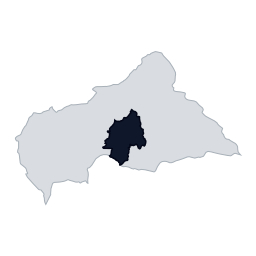 Central African Republic, with Ouaka highlighted
{"feature_id": "CAF-809", "entity_name": "Ouaka", "entity_type": "Prefecture", "adm_level": 1, "iso_a3": "CAF", "parent_name": "Central African Republic", "parent_adm1": "", "projection": "mercator", "projection_center": [20.78, 6.114], "detail": "fine", "context": "in_parent", "style": "filled", "palette": "ink", "viewbox_px": 256, "rotation_deg": 0, "n_neighbors": 0, "source": "natural_earth", "source_scale": "10m", "svg_char_len": 8385}
<svg xmlns="http://www.w3.org/2000/svg" viewBox="0 0 256 256"><path d="M182.4,92.3L184.9,92.9L185.4,93.7L184.7,96.3L185.2,97.9L186.6,99.3L188.1,99.9L189.5,100.2L194.3,101.0L196.4,102.0L199.0,105.0L202.4,107.8L203.2,109.2L203.0,110.6L202.1,112.2L202.2,112.8L203.7,114.4L205.5,116.1L208.7,117.9L214.3,120.8L216.9,122.7L217.8,124.2L219.2,125.7L221.2,127.2L222.6,128.3L221.6,131.4L221.9,132.5L222.4,133.4L223.6,134.6L224.0,136.2L225.2,138.2L226.6,139.1L228.9,139.4L230.1,140.4L232.6,141.9L235.1,143.3L236.1,144.2L236.8,145.1L237.3,146.1L237.6,147.0L237.7,149.2L238.1,151.8L239.4,153.6L240.6,154.9L235.6,153.4L234.9,153.4L234.0,153.6L231.4,155.5L230.5,155.8L227.3,155.4L219.3,153.9L213.1,152.4L211.3,151.9L208.0,151.4L205.9,152.4L203.8,155.8L203.2,156.4L200.0,157.4L198.5,157.1L194.8,158.1L189.1,156.7L187.1,157.0L185.5,157.7L181.4,159.2L178.9,160.0L176.0,160.8L173.3,162.1L171.4,162.7L169.6,162.7L168.0,162.0L166.2,161.4L164.0,161.3L161.8,161.7L159.9,163.0L159.2,164.0L157.5,166.5L155.6,170.7L154.8,171.5L154.1,171.9L145.2,169.8L141.4,169.4L138.8,170.0L135.5,168.8L134.1,168.6L133.4,169.0L131.6,168.5L128.7,167.1L125.8,166.5L123.3,166.7L121.8,166.2L120.5,164.8L118.9,162.3L116.0,159.8L112.1,157.8L109.7,156.3L108.7,155.3L106.6,154.7L103.4,154.6L100.3,155.6L95.9,158.7L91.8,165.2L89.5,167.6L87.7,168.2L87.2,169.8L88.1,172.2L88.3,175.1L87.7,179.9L87.9,183.3L87.0,182.8L86.0,181.2L85.6,180.8L82.9,181.6L81.5,182.2L80.7,182.9L80.1,183.0L79.3,182.1L78.6,181.9L77.5,182.1L76.4,182.1L75.7,182.0L75.3,182.0L74.0,181.5L69.3,180.2L68.5,179.7L67.6,179.8L65.2,180.9L63.9,181.3L60.0,182.0L55.9,182.3L54.3,182.4L53.2,182.9L52.5,183.6L51.2,188.0L50.9,188.8L50.9,189.9L50.6,193.5L50.7,194.6L45.8,204.4L45.0,202.7L44.5,200.8L44.3,198.6L44.4,198.1L44.1,197.4L43.6,195.6L44.0,194.5L43.7,193.3L42.7,192.1L41.9,191.2L41.4,190.3L41.0,190.0L40.0,189.9L38.7,189.5L33.2,183.7L27.5,177.3L26.3,175.2L25.8,174.0L27.2,173.8L27.6,173.6L27.6,173.1L26.8,171.4L26.3,169.3L25.6,168.0L23.4,166.1L21.3,164.5L20.6,163.8L20.2,162.7L19.4,155.7L19.0,153.7L18.3,152.9L17.8,152.5L17.6,152.0L17.7,150.7L18.0,149.6L18.0,149.2L18.6,148.2L18.6,141.8L17.9,140.9L16.6,140.9L15.9,139.9L15.4,138.7L15.5,137.9L16.8,136.6L17.6,136.1L20.0,135.0L20.7,134.5L21.1,133.9L21.4,133.0L22.8,129.7L24.9,126.4L25.8,125.7L28.0,120.8L28.5,119.6L28.8,118.3L29.5,117.3L31.8,115.7L33.6,112.8L35.5,112.9L37.4,113.4L39.9,113.6L41.9,113.0L43.1,111.9L49.2,110.0L49.6,108.4L50.6,107.6L51.7,106.9L52.1,106.8L52.2,107.3L52.8,108.9L54.2,110.5L56.2,112.3L56.8,112.2L58.1,110.8L61.2,110.0L62.0,109.6L64.3,107.7L67.0,106.4L68.5,106.0L71.2,104.7L73.2,104.9L76.3,104.7L81.5,104.0L85.2,103.8L87.1,103.6L87.6,103.3L88.3,101.5L88.9,100.9L90.3,100.1L93.1,97.3L94.9,94.9L95.4,94.0L95.8,93.9L96.6,92.9L95.8,91.8L92.7,89.7L92.8,89.4L92.6,89.1L92.8,88.8L93.9,87.9L95.5,86.9L97.2,86.6L101.7,86.6L105.4,86.4L106.3,86.5L109.3,86.0L111.3,85.5L113.3,84.5L118.0,84.6L121.9,82.0L123.0,81.5L123.5,81.1L123.7,80.7L125.5,79.7L127.5,77.6L129.2,75.6L129.6,74.3L134.0,69.7L135.6,69.8L136.3,69.2L138.1,66.1L138.6,65.6L140.4,65.0L141.3,64.1L142.0,62.8L142.0,61.1L141.7,59.7L141.7,59.1L142.1,58.5L142.8,57.9L146.2,56.2L147.0,55.4L147.6,54.7L148.5,54.6L149.5,54.7L150.2,54.2L150.9,53.4L153.2,52.4L155.4,51.6L157.6,52.0L161.7,53.0L163.0,55.2L163.6,56.0L168.6,61.2L169.6,62.4L172.1,66.2L173.6,68.7L175.4,72.4L175.6,74.3L175.3,76.0L175.0,80.9L174.5,82.2L172.3,84.8L172.2,86.0L172.7,87.0L173.3,87.4L173.8,87.8L173.5,90.1L174.3,91.0L176.0,91.5L180.2,91.9L182.4,92.3Z" fill="#d9dde1" stroke="#a8b0b8" stroke-width="1"/><path d="M120.0,165.1L119.9,165.1L119.7,164.7L119.8,164.3L120.0,164.1L120.1,163.8L120.0,163.4L119.7,163.1L119.4,162.7L119.1,162.6L118.9,162.5L118.6,161.7L118.2,161.1L118.0,160.8L117.7,160.7L117.3,160.7L116.5,160.4L116.2,160.2L115.8,159.9L115.1,159.0L114.7,158.8L113.6,158.3L113.0,157.9L112.6,157.6L112.1,157.3L110.6,157.0L110.2,156.8L110.0,156.6L109.9,156.3L109.6,155.8L110.0,155.5L110.4,155.3L110.6,155.1L110.9,154.5L111.2,153.3L111.2,152.8L111.3,152.6L111.3,152.2L111.4,151.1L111.4,150.8L111.5,150.6L111.7,150.4L111.9,149.8L112.0,149.7L112.2,149.4L112.3,149.2L112.3,148.7L112.0,148.5L111.1,148.4L103.8,148.3L103.4,148.2L103.3,147.9L103.2,147.7L102.9,147.5L102.9,147.4L103.0,147.1L103.4,146.9L104.2,146.8L104.4,146.7L106.0,145.4L106.2,145.0L106.3,144.7L106.3,144.1L106.2,143.9L106.1,143.7L105.4,143.5L105.2,143.4L105.3,143.3L105.5,143.0L105.5,142.9L105.5,142.7L105.1,141.1L105.0,140.8L105.3,140.5L106.8,139.4L107.0,139.1L107.1,138.9L107.3,138.7L107.5,138.7L107.8,138.7L108.1,138.7L108.3,138.7L108.7,138.2L108.9,137.8L109.0,137.6L109.2,137.4L109.3,137.3L109.3,137.2L109.1,136.9L109.1,136.7L109.5,136.2L109.6,135.9L109.4,135.5L109.4,135.3L109.4,135.0L109.7,134.1L109.8,133.8L109.8,133.5L109.5,133.1L109.1,132.8L108.9,132.7L108.3,132.5L108.1,132.3L108.0,132.2L107.8,132.1L107.7,131.9L107.5,131.6L107.6,131.1L108.1,131.0L108.9,131.1L109.2,131.2L109.6,131.5L109.8,131.6L110.0,131.4L110.0,131.2L109.6,129.2L109.7,128.8L109.8,128.5L110.7,127.3L110.9,127.1L111.4,126.7L112.3,125.8L112.5,125.7L112.8,125.3L112.9,125.0L113.1,124.7L113.6,124.3L113.8,124.0L114.0,123.7L114.5,122.4L114.7,121.8L114.7,120.9L114.8,120.2L114.9,120.3L114.9,120.5L115.0,120.6L115.3,120.7L115.7,120.8L115.9,120.9L116.1,121.1L116.2,121.3L116.6,121.3L117.1,121.3L117.4,121.3L117.5,121.3L117.9,121.5L118.1,121.6L118.4,121.4L118.5,121.3L118.8,121.4L119.4,121.3L119.5,121.4L119.5,121.5L119.8,121.6L120.1,121.5L120.5,121.1L121.0,120.8L121.1,120.7L121.6,120.8L122.0,120.6L123.1,119.7L123.3,119.2L123.8,118.0L124.0,117.7L124.8,117.6L125.0,117.6L125.4,117.8L125.6,117.8L125.8,117.9L126.1,117.7L127.3,117.2L127.5,117.0L127.6,116.9L128.3,115.9L128.6,115.6L129.8,113.9L130.0,113.7L130.6,113.2L130.8,112.9L130.8,112.7L130.7,112.6L130.5,112.1L130.4,112.0L130.4,111.7L130.5,111.5L130.7,111.3L130.9,111.2L131.0,111.0L131.1,110.9L131.2,110.3L131.3,110.1L131.4,109.9L131.7,109.6L132.4,110.2L133.0,110.8L133.3,111.1L133.7,111.3L134.9,111.5L135.3,111.7L135.7,112.0L136.1,112.4L136.4,112.7L136.6,112.9L136.7,113.2L136.7,113.4L136.8,113.6L136.8,113.9L136.6,115.8L136.6,116.0L136.8,116.3L136.9,116.5L137.2,116.6L138.1,116.6L138.3,116.6L138.7,116.5L138.9,116.6L139.3,116.7L139.5,116.9L139.5,117.2L139.5,118.8L140.0,121.9L140.1,122.1L140.4,122.3L140.5,122.5L140.5,123.1L140.8,124.0L140.7,124.2L140.7,124.3L140.6,124.5L140.6,124.8L140.6,125.0L140.5,125.3L140.2,125.5L140.0,125.9L140.1,126.0L140.4,126.4L140.9,127.8L141.0,128.1L141.2,128.3L141.3,128.4L141.5,128.6L141.6,128.9L141.7,129.0L141.8,129.1L142.5,129.1L142.9,129.3L143.1,129.5L143.2,129.9L143.2,130.0L143.0,130.6L143.0,130.8L143.1,131.7L143.5,133.1L143.5,133.5L143.4,133.8L143.2,134.1L142.5,135.2L142.4,135.4L142.4,135.6L142.5,135.8L142.9,136.2L143.2,136.5L143.3,136.7L143.4,137.3L143.6,137.6L143.6,137.8L143.7,138.4L143.9,138.6L144.1,138.6L144.3,138.7L144.6,138.7L144.8,138.8L144.9,139.0L145.2,140.1L145.4,140.3L145.8,141.0L145.7,142.6L145.5,143.6L145.2,144.3L145.1,145.0L144.9,145.3L144.5,145.7L144.3,146.0L144.2,146.0L144.0,145.9L143.3,145.3L143.0,145.1L142.8,145.1L142.7,145.1L141.9,145.6L141.1,146.4L140.9,147.3L140.4,148.3L139.9,148.7L139.7,148.7L139.5,148.8L139.3,148.7L139.2,148.6L138.9,148.2L138.4,148.0L138.3,147.6L138.2,147.4L137.9,146.8L137.8,146.7L137.9,146.4L137.9,146.2L137.8,145.9L137.5,145.5L137.3,145.1L137.2,144.9L136.8,144.7L136.6,144.5L136.4,144.2L136.2,144.2L136.1,144.5L135.9,144.7L135.7,144.7L135.4,144.4L135.2,144.4L135.1,144.5L134.7,145.0L133.9,145.4L133.7,145.5L133.3,145.5L132.7,145.2L132.4,145.2L132.3,145.3L132.1,145.4L131.7,145.5L131.6,145.4L131.4,145.3L131.2,144.8L131.1,144.7L130.9,144.6L130.6,144.4L130.3,144.3L130.2,144.3L130.0,144.6L130.0,144.9L130.1,145.0L130.3,145.2L130.4,145.3L130.4,145.5L130.3,145.8L129.9,146.2L129.9,146.3L129.8,146.5L129.9,147.0L129.8,147.3L129.7,147.4L128.7,147.6L128.4,147.7L128.4,147.8L128.4,148.0L128.5,148.1L128.9,148.2L129.0,148.3L129.1,148.5L129.1,148.9L129.1,149.1L129.2,149.4L129.2,149.5L128.9,149.9L128.8,150.0L128.7,150.3L128.8,151.4L128.7,152.8L128.6,153.1L128.4,153.4L128.0,154.0L127.9,154.2L127.8,154.5L127.7,154.7L127.8,154.9L127.8,155.2L128.3,156.1L128.3,156.3L128.3,156.5L128.2,156.8L127.8,157.4L127.7,157.7L127.6,157.9L127.6,158.2L127.8,159.2L127.8,159.5L127.8,159.8L127.6,160.1L127.4,160.3L127.1,160.4L126.9,160.5L126.7,160.4L126.3,160.4L126.1,160.4L125.8,160.5L125.2,160.9L124.4,161.2L124.2,161.5L123.0,163.0L122.0,164.0L121.6,164.3L120.0,165.1Z" fill="#0f172a" stroke="#020617" stroke-width="1.5"/></svg>